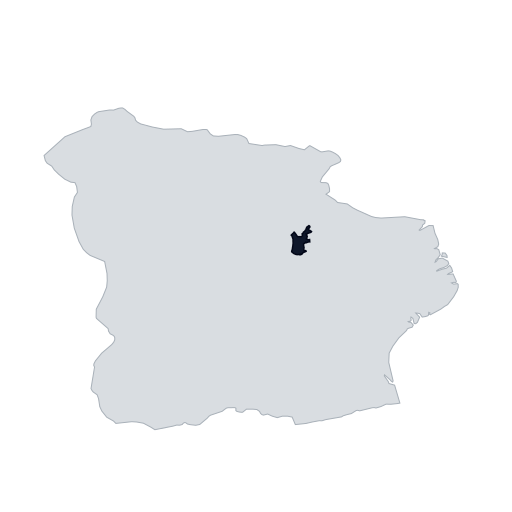 location of Guma, Benue, Nigeria, rotated 257°
{"feature_id": "59680162B47044873054392", "entity_name": "Guma", "entity_type": "district", "adm_level": 2, "iso_a3": "NGA", "parent_name": "Nigeria", "parent_adm1": "Benue", "projection": "equal_earth", "projection_center": [8.727, 7.86], "detail": "fine", "context": "in_parent", "style": "filled", "palette": "ink", "viewbox_px": 512, "rotation_deg": 257, "n_neighbors": 0, "source": "geoboundaries", "source_scale": "gbopen_adm2", "svg_char_len": 5688}
<svg xmlns="http://www.w3.org/2000/svg" viewBox="0 0 512 512"><g transform="rotate(257 256 256)"><path d="M401.6,72.1L415.2,96.7L418.1,115.1L419.3,124.2L421.5,125.3L425.7,125.7L428.7,127.6L430.6,130.6L431.7,133.4L432.0,135.1L431.2,146.1L430.2,150.1L430.8,155.5L430.6,157.9L430.2,159.4L428.3,161.3L425.8,163.0L419.7,168.3L418.0,169.1L415.4,169.2L413.2,170.5L410.6,173.4L405.0,184.0L400.3,194.6L396.8,211.8L392.5,217.2L391.8,221.9L391.2,232.7L390.5,235.9L389.9,236.9L385.3,238.9L382.6,241.4L381.1,246.3L379.1,262.8L378.4,265.6L376.9,268.4L374.5,271.5L372.5,273.3L367.2,274.4L362.2,286.9L362.2,289.0L360.0,300.4L356.1,308.9L355.9,314.4L351.1,322.0L348.6,327.1L351.2,332.4L351.4,333.3L343.1,342.4L342.6,343.7L342.2,350.0L341.6,351.7L340.0,354.0L337.8,356.5L335.5,358.5L332.9,359.8L330.5,360.3L329.1,359.5L328.3,357.6L326.9,350.0L326.2,348.3L324.5,346.8L318.1,338.4L314.2,335.4L313.4,335.6L312.8,336.4L311.7,340.7L310.6,342.3L308.5,342.8L305.0,342.8L302.4,342.2L301.8,341.4L300.5,338.1L292.6,345.8L289.8,347.5L286.2,356.6L281.2,361.1L277.8,365.1L268.5,377.4L266.6,381.1L264.8,386.5L260.8,409.8L254.4,424.4L253.5,427.5L253.2,427.4L252.3,428.7L249.9,427.8L248.7,425.2L247.2,424.7L244.6,420.8L244.0,421.4L246.8,431.4L245.8,435.4L237.9,435.5L231.2,436.8L226.5,436.7L224.2,435.3L223.1,431.5L222.8,431.9L222.5,433.9L221.0,435.5L215.8,435.8L213.5,433.2L211.7,430.3L209.7,429.1L210.0,430.3L212.3,433.1L212.0,437.1L207.8,441.8L205.1,442.1L203.5,440.0L202.6,436.7L202.2,431.9L201.1,428.7L200.5,428.7L201.2,434.0L201.3,438.9L203.3,442.7L200.2,443.9L196.5,444.1L196.1,442.6L195.6,439.5L194.9,438.6L194.2,444.0L186.6,445.5L185.6,445.3L185.3,444.3L185.9,442.8L185.8,440.4L184.1,442.3L183.8,446.0L182.9,446.6L180.0,446.0L176.9,444.1L171.8,439.4L165.5,431.8L164.5,428.4L162.7,424.2L159.5,412.6L160.1,412.0L161.5,412.7L162.3,411.6L159.7,410.8L159.1,409.9L158.9,407.4L159.1,404.2L163.0,402.6L163.9,400.7L164.5,398.8L159.6,401.7L155.1,398.4L154.1,396.4L154.6,394.9L159.9,394.8L161.7,393.3L160.6,392.8L158.6,392.8L157.8,391.8L157.9,389.5L157.2,390.0L156.4,392.1L153.3,393.7L151.5,392.1L151.3,388.7L151.0,387.1L149.5,385.9L144.1,376.8L137.4,369.1L131.4,363.9L122.4,361.4L103.5,361.5L102.4,360.8L103.6,359.6L105.2,358.8L111.3,354.5L110.3,354.0L104.0,356.6L101.8,356.9L99.0,362.0L80.3,363.1L80.4,360.7L81.2,354.0L82.4,349.4L81.2,343.8L80.9,338.7L81.7,337.1L82.0,335.2L81.8,322.2L82.8,320.3L82.9,318.9L81.0,313.4L81.0,309.1L80.7,305.0L80.0,303.1L80.9,287.2L80.6,283.3L81.3,280.5L81.6,273.7L81.6,267.0L82.9,256.4L90.9,255.0L92.8,250.8L94.0,245.6L93.7,240.4L96.3,235.8L99.4,231.8L99.3,227.4L100.2,226.0L101.7,225.0L103.8,224.5L106.2,222.3L107.5,218.4L108.9,212.2L106.8,207.9L106.9,207.0L107.7,204.7L108.9,202.4L109.9,201.6L112.2,202.2L113.0,201.3L114.5,194.5L114.4,192.7L112.3,188.1L111.1,175.8L110.5,174.2L108.9,171.9L104.5,163.3L104.6,159.2L106.5,153.9L107.7,151.4L109.4,150.0L109.8,148.7L109.3,147.3L108.4,146.2L108.3,143.8L109.1,140.5L108.9,136.9L109.5,118.4L113.1,114.8L118.4,108.7L121.1,102.4L122.5,97.7L124.4,81.8L127.2,80.1L132.5,74.3L139.6,70.9L144.3,69.9L152.4,70.5L156.5,70.0L160.1,66.8L161.7,66.0L163.9,65.4L184.1,73.7L186.0,73.3L187.5,73.9L190.0,76.0L196.0,83.7L202.2,95.6L204.2,98.1L206.1,99.5L208.1,100.0L209.6,99.8L211.1,98.7L213.0,96.4L216.0,95.4L218.5,95.6L231.1,86.5L232.3,86.4L240.1,88.4L250.7,97.5L259.3,103.5L265.4,105.5L272.5,106.9L284.7,107.3L293.9,94.5L297.3,91.7L301.4,89.2L309.9,86.8L324.0,85.2L337.3,85.9L345.6,88.1L354.3,92.3L358.1,96.3L364.0,96.9L368.2,96.1L369.6,92.2L373.8,87.0L380.1,82.1L385.3,78.8L389.5,77.2L393.3,73.4L396.3,72.2L401.6,72.1ZM216.3,441.0L213.4,442.2L211.6,441.9L214.1,436.6L215.5,437.7L217.1,438.2L216.3,441.0Z" fill="#d9dde1" stroke="#a8b0b8" stroke-width="1"/><path d="M270.7,298.5L270.6,298.4L270.1,297.8L269.6,297.0L269.5,296.7L269.2,296.3L268.7,295.4L268.5,295.1L268.4,295.0L268.2,295.1L267.4,295.6L265.6,295.7L264.1,295.9L263.7,295.8L262.0,295.4L261.4,295.3L260.3,295.1L260.2,295.1L258.0,294.3L257.7,294.3L257.6,294.2L256.0,293.5L254.9,293.1L254.6,293.0L253.7,292.5L252.6,291.8L252.3,291.8L252.0,291.8L251.9,291.8L251.5,292.2L250.9,292.6L249.7,293.6L249.4,294.1L249.1,294.5L248.7,295.0L248.1,296.3L247.9,297.4L247.8,298.6L247.8,299.6L247.3,299.2L247.2,299.6L247.4,301.0L248.1,302.0L248.3,302.2L248.4,302.3L248.5,302.3L248.7,302.5L248.7,302.8L248.8,303.1L248.9,303.5L248.9,303.8L248.9,304.0L249.0,304.1L249.0,304.3L249.0,304.5L249.1,304.9L249.1,305.0L249.1,305.3L249.2,305.6L249.3,305.7L249.3,305.9L249.4,306.0L249.5,306.0L249.6,305.8L249.5,305.6L249.8,305.4L250.1,305.4L250.1,305.2L250.2,304.8L250.3,304.7L250.4,304.2L251.7,304.0L253.4,304.7L253.9,304.7L254.3,304.7L254.7,304.7L254.9,304.7L255.4,304.7L255.9,304.9L256.1,304.9L256.3,305.0L256.6,305.0L256.9,305.0L257.1,305.0L257.3,305.1L257.4,305.5L257.5,305.8L257.5,306.2L257.5,306.5L258.3,307.4L257.6,307.9L257.8,309.3L257.9,309.9L257.7,311.6L258.3,311.6L258.7,311.7L259.4,311.9L259.8,311.9L259.7,311.7L260.0,310.9L260.2,310.4L261.3,308.8L261.7,309.1L262.0,309.4L262.4,309.8L262.9,309.8L263.1,309.9L263.5,310.3L264.0,310.3L264.6,309.8L264.9,310.1L265.2,310.1L265.4,310.1L266.2,309.8L266.1,310.9L266.2,311.0L266.5,311.5L266.4,312.0L266.6,312.5L266.6,313.0L266.5,313.3L266.6,313.8L266.6,314.1L266.8,314.6L266.9,315.2L267.1,315.4L267.3,315.6L268.0,315.1L268.1,314.9L269.0,314.1L269.7,313.2L270.0,313.1L270.6,312.8L271.0,313.5L271.2,314.1L272.2,315.1L272.7,315.0L273.0,315.0L273.1,314.9L273.2,314.7L273.4,314.7L273.7,314.4L272.7,312.0L271.5,311.1L271.0,311.5L270.0,309.8L269.1,309.0L268.6,307.6L267.7,307.0L267.2,305.9L266.4,305.9L266.1,305.8L265.4,305.8L265.2,305.8L264.6,304.7L265.5,300.8L268.9,299.5L269.3,299.3L270.3,298.8L270.6,298.7L270.7,298.5Z" fill="#0f172a" stroke="#020617" stroke-width="1.5"/></g></svg>